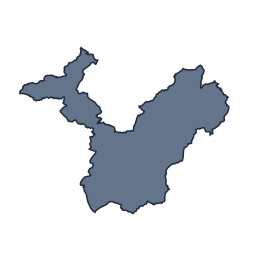 Mueang Kanchanaburi, Kanchanaburi, Thailand (Natural Earth projection), rotated 83°
{"feature_id": "78962969B12534371599047", "entity_name": "Mueang Kanchanaburi", "entity_type": "district", "adm_level": 2, "iso_a3": "THA", "parent_name": "Thailand", "parent_adm1": "Kanchanaburi", "projection": "natural_earth1", "projection_center": [99.271, 14.051], "detail": "fine", "context": "isolated", "style": "filled", "palette": "slate", "viewbox_px": 256, "rotation_deg": 83, "n_neighbors": 0, "source": "geoboundaries", "source_scale": "gbopen_adm2", "svg_char_len": 5816}
<svg xmlns="http://www.w3.org/2000/svg" viewBox="0 0 256 256"><g transform="rotate(83 128 128)"><path d="M143.9,44.5L141.5,44.6L140.9,44.3L140.7,44.6L139.9,44.7L139.4,44.0L139.2,42.5L136.9,38.2L134.6,35.7L133.3,35.5L133.2,32.7L132.5,31.6L131.5,31.2L130.3,31.6L128.2,31.0L124.6,27.2L120.9,25.6L119.2,25.3L117.6,26.4L117.6,27.2L116.7,27.0L115.6,28.1L115.2,27.8L113.9,28.2L113.1,27.7L112.1,26.4L110.2,26.2L109.9,25.0L109.3,25.1L108.9,26.0L106.8,27.7L106.4,29.1L104.7,29.5L102.6,30.7L101.3,30.5L101.8,31.6L101.4,31.9L100.6,31.9L99.9,31.4L98.7,34.1L98.1,33.8L96.9,35.1L95.3,33.0L93.8,35.6L91.9,36.2L93.1,37.8L93.9,41.4L94.3,43.9L93.9,45.5L94.1,46.8L95.2,48.6L97.0,49.7L97.3,50.2L97.0,50.9L95.3,50.8L93.3,49.9L92.1,50.3L86.6,48.1L85.0,48.3L82.9,46.5L80.0,45.4L77.9,46.7L75.9,47.1L74.5,48.6L76.0,51.7L78.1,53.7L78.4,55.6L77.9,58.2L77.8,61.4L77.1,62.4L77.1,64.1L75.7,66.1L77.7,67.8L78.0,69.2L79.1,70.6L80.5,74.7L82.0,74.5L82.0,75.6L82.4,76.1L85.5,75.2L89.3,76.6L90.8,78.8L91.5,82.0L92.5,82.4L93.0,83.5L94.0,83.3L94.7,84.2L94.8,85.8L94.4,86.5L95.6,87.7L94.7,88.8L94.5,89.6L95.8,91.1L96.5,93.2L97.4,93.7L98.1,95.8L100.3,96.4L101.4,98.3L102.3,98.6L103.7,100.1L103.8,101.9L104.5,103.9L104.1,106.9L107.5,111.4L107.4,111.8L107.9,112.8L107.7,114.4L109.0,114.3L110.2,112.7L111.3,112.2L112.9,110.6L113.2,109.8L113.9,109.9L115.4,111.4L116.2,114.1L117.1,114.9L116.5,115.9L117.2,116.9L120.5,118.5L121.9,118.8L122.3,119.4L124.0,119.9L127.5,122.2L131.3,122.9L131.5,124.2L130.9,125.0L131.5,126.3L131.0,128.1L131.0,129.5L131.3,130.2L132.6,131.2L131.6,132.7L132.2,134.2L131.2,136.4L131.5,138.1L130.5,139.5L130.2,141.6L129.9,141.7L129.4,141.0L126.4,141.4L125.2,142.0L122.8,146.1L121.4,150.3L119.3,151.7L119.8,153.2L119.6,155.3L120.0,157.7L119.2,157.7L118.9,157.2L119.2,157.0L118.0,155.3L117.8,155.8L117.1,155.8L117.3,154.7L116.8,154.8L116.6,153.5L115.8,153.2L115.3,153.2L115.4,153.8L114.1,154.6L114.0,155.2L114.3,155.8L113.2,157.8L113.1,157.4L112.0,157.8L111.9,157.0L110.9,157.0L110.7,155.2L110.0,154.4L110.0,153.6L109.2,152.7L108.0,152.4L106.8,153.3L103.7,153.7L101.6,156.0L98.4,157.7L94.8,162.3L92.4,164.2L88.7,164.1L88.4,166.1L87.4,167.4L87.1,168.7L87.9,170.1L87.9,172.9L85.6,173.2L83.6,174.7L77.1,170.9L74.6,167.9L71.9,166.3L70.8,166.5L69.7,164.9L69.0,164.9L67.2,166.2L64.7,165.2L61.0,158.3L59.1,156.8L58.5,155.8L59.2,153.4L60.4,153.0L60.8,152.2L57.3,149.9L56.9,149.8L56.8,151.5L54.7,153.3L51.3,153.6L50.4,154.7L50.4,156.4L49.9,156.8L50.4,157.8L50.2,158.9L49.4,159.0L49.0,159.9L48.6,158.4L47.7,158.5L47.3,159.6L46.1,160.5L44.3,163.3L42.5,164.7L43.3,165.5L45.4,165.2L46.9,165.8L47.5,165.6L48.4,166.4L49.4,166.4L50.5,167.5L51.1,169.1L52.5,170.4L54.1,170.7L54.4,172.8L56.0,175.3L56.0,178.4L56.7,179.2L57.8,179.4L59.2,181.2L59.3,183.0L60.5,184.0L61.1,183.6L61.9,184.1L63.3,183.9L64.5,184.7L66.8,183.6L67.6,182.7L68.3,183.1L68.8,184.1L68.7,185.5L69.4,189.1L69.0,191.6L69.4,192.8L69.3,193.1L68.3,193.0L67.9,194.7L67.2,195.3L66.9,196.5L66.4,196.9L66.0,202.8L67.0,204.2L68.4,205.2L70.4,205.2L70.8,207.4L70.5,209.0L71.0,210.3L71.7,211.0L72.3,211.0L72.6,211.6L72.7,214.7L71.4,217.5L71.5,219.2L72.0,220.4L71.7,221.6L72.7,223.2L72.8,224.1L72.6,225.4L74.4,227.4L76.1,227.5L77.4,229.5L78.8,230.9L80.7,231.0L81.0,227.9L82.3,224.4L83.1,223.5L83.0,222.7L84.4,221.8L84.9,221.1L84.7,220.7L85.3,220.5L85.5,219.6L86.6,218.3L87.3,218.5L88.7,217.8L88.9,216.8L89.5,216.5L89.8,215.6L89.4,215.0L89.5,213.7L89.8,212.7L89.3,211.4L89.4,210.0L87.7,209.2L88.5,207.5L87.6,206.2L87.7,204.4L88.7,203.0L88.0,201.4L88.5,200.8L88.1,199.8L88.6,198.8L89.6,198.4L89.3,196.9L89.9,196.0L89.7,194.8L90.3,194.4L90.2,193.5L90.8,192.9L90.5,192.1L90.8,190.2L90.0,189.5L89.3,187.8L90.9,187.4L93.0,188.6L93.8,188.2L95.2,189.4L96.7,188.3L97.8,186.4L98.5,186.3L99.6,189.6L101.0,190.8L101.9,192.4L103.4,193.3L109.0,189.2L110.2,187.8L114.0,186.3L114.3,185.9L114.2,184.5L114.9,183.6L115.1,182.6L114.2,181.3L113.5,179.1L116.3,177.8L117.9,176.6L118.0,175.0L118.4,174.1L118.7,174.1L118.5,172.2L118.8,171.5L119.6,170.5L120.5,169.9L121.5,169.9L121.5,169.5L122.0,169.4L122.2,168.2L122.9,167.9L122.4,167.0L123.7,165.3L123.4,163.5L124.6,162.5L126.7,163.1L127.2,164.4L128.3,163.8L128.5,163.2L129.3,163.2L129.2,162.3L130.3,161.8L130.8,162.1L131.1,163.0L132.5,164.1L132.0,165.6L132.4,166.9L136.2,166.3L137.5,166.6L139.2,167.9L142.7,167.0L144.3,168.9L146.4,165.0L147.2,162.6L148.8,163.2L154.0,168.4L156.1,169.7L157.7,169.7L158.5,168.9L159.2,167.1L161.4,167.2L162.9,168.4L163.7,171.0L166.1,172.6L166.7,172.6L170.4,170.8L171.1,172.7L171.1,175.2L171.6,177.1L173.9,179.9L175.9,181.4L177.8,182.1L178.4,182.1L179.1,181.6L179.6,178.4L179.9,178.2L180.4,178.2L180.6,179.4L181.5,179.7L182.3,178.9L184.6,179.2L188.7,177.5L196.7,176.8L204.1,174.3L206.7,172.2L207.7,171.0L206.2,170.1L203.5,165.2L201.0,157.9L200.3,157.6L199.0,155.4L199.1,152.4L200.0,151.3L200.1,150.4L201.0,149.6L201.3,147.7L203.2,145.1L202.9,144.6L203.8,144.0L206.4,145.0L207.4,143.6L208.5,143.8L209.2,142.4L209.5,139.7L211.3,137.7L211.6,135.3L213.1,134.3L213.5,133.4L211.7,131.5L211.5,130.0L209.4,129.0L209.3,127.6L208.8,127.5L208.6,126.7L207.8,126.5L206.8,124.9L207.3,122.8L205.7,120.6L205.7,119.0L203.0,117.6L205.6,114.1L206.0,112.7L206.8,112.6L207.3,110.8L206.3,110.3L206.2,109.2L206.6,107.2L206.0,105.3L206.9,103.9L205.8,102.7L205.3,100.8L203.9,100.1L203.0,100.3L197.9,99.2L194.3,95.8L193.7,94.5L192.1,95.9L191.5,95.6L191.1,96.1L190.3,95.6L189.0,97.3L184.4,96.6L180.2,96.9L179.3,96.7L178.9,95.9L177.5,95.4L175.3,95.7L172.6,93.8L169.4,89.1L169.0,86.8L169.3,86.4L168.4,84.1L168.6,82.6L167.5,80.8L167.1,78.1L163.5,76.8L157.5,75.7L154.7,74.6L153.7,72.4L152.4,70.8L151.0,70.0L151.1,67.4L150.7,66.7L148.7,66.5L145.3,64.1L142.6,63.5L141.8,61.9L140.8,60.9L137.7,60.6L137.1,57.8L137.7,57.1L136.8,53.5L137.3,52.3L141.0,51.2L141.4,49.9L141.5,47.5L142.7,47.0L144.9,47.3L143.8,45.5L143.9,44.5Z" fill="#64748b" stroke="#1e293b" stroke-width="1.5"/></g></svg>